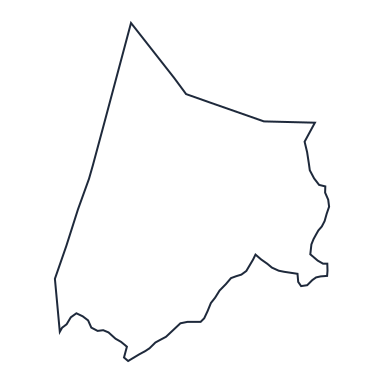 outline of Caiçara do Rio do Vento, Rio Grande do Norte, Brazil
{"feature_id": "56859067B37257607261932", "entity_name": "Caiçara do Rio do Vento", "entity_type": "district", "adm_level": 2, "iso_a3": "BRA", "parent_name": "Brazil", "parent_adm1": "Rio Grande do Norte", "projection": "natural_earth1", "projection_center": [-36.002, -5.757], "detail": "fine", "context": "isolated", "style": "outline", "palette": "slate", "viewbox_px": 384, "rotation_deg": 0, "n_neighbors": 0, "source": "geoboundaries", "source_scale": "gbopen_adm2", "svg_char_len": 1153}
<svg xmlns="http://www.w3.org/2000/svg" viewBox="0 0 384 384"><path d="M314.9,122.7L263.9,121.4L210.2,102.6L186.1,94.1L174.2,78.0L134.4,27.3L131.0,23.0L103.3,126.6L92.8,165.5L89.0,178.8L78.0,209.3L66.3,246.0L54.9,278.8L59.8,331.8L62.1,327.7L66.6,324.3L70.8,317.3L76.4,313.3L82.7,316.3L88.1,320.4L91.3,327.6L97.6,330.9L103.2,330.2L108.5,332.4L115.5,338.7L121.1,341.9L126.9,346.7L124.0,357.5L128.1,361.0L134.8,357.0L139.3,354.3L145.4,351.0L149.6,348.2L155.4,342.5L159.6,340.2L166.0,336.8L180.4,323.3L187.3,321.9L200.6,321.9L204.2,318.3L207.5,311.3L210.9,303.0L215.1,297.7L219.6,290.5L225.8,284.2L231.0,278.1L236.2,276.2L241.4,274.6L246.3,271.0L253.0,259.7L255.5,254.6L261.2,259.5L267.2,263.7L271.9,267.6L278.7,270.7L284.2,271.8L297.5,273.8L298.2,281.9L301.1,286.1L307.2,285.2L312.3,280.1L316.1,277.4L320.6,276.4L327.1,275.9L327.5,270.7L327.3,263.7L323.1,263.7L317.7,260.6L310.3,254.3L311.4,244.4L313.5,239.2L315.9,234.8L318.4,230.4L321.8,226.5L324.6,221.1L326.7,213.7L329.1,206.7L328.2,199.7L325.1,192.6L325.3,186.4L319.1,184.9L314.1,178.4L309.8,170.3L308.9,163.8L307.1,152.1L304.6,141.7L314.9,122.7Z" fill="none" stroke="#1e293b" stroke-width="2"/></svg>